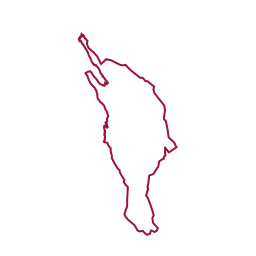 the district of Ørskog nor, Møre og Romsdal, Norway, rotated 63°
{"feature_id": "86288312B31017239945246", "entity_name": "Ørskog nor", "entity_type": "district", "adm_level": 2, "iso_a3": "NOR", "parent_name": "Norway", "parent_adm1": "Møre og Romsdal", "projection": "robinson", "projection_center": [6.912, 62.479], "detail": "fine", "context": "isolated", "style": "outline", "palette": "rose", "viewbox_px": 256, "rotation_deg": 63, "n_neighbors": 0, "source": "geoboundaries", "source_scale": "gbopen_adm2", "svg_char_len": 5492}
<svg xmlns="http://www.w3.org/2000/svg" viewBox="0 0 256 256"><g transform="rotate(63 128 128)"><path d="M102.9,85.9L97.8,88.3L96.0,89.0L95.4,89.3L94.8,89.9L94.6,90.2L94.5,90.6L94.3,90.9L94.0,91.1L93.6,91.3L92.5,91.5L91.1,91.8L89.9,92.3L89.6,92.5L89.4,92.7L89.3,93.5L89.2,93.7L89.1,93.9L89.0,94.0L88.3,94.6L87.5,95.0L81.5,97.7L78.3,99.1L74.1,100.6L71.3,101.3L70.7,101.5L70.4,102.2L70.3,102.8L69.9,104.0L69.5,104.7L68.9,105.5L68.2,106.2L67.3,106.9L66.2,107.9L65.0,108.6L63.3,110.0L60.1,112.1L59.8,112.6L59.6,112.9L57.7,115.0L57.8,115.0L57.4,115.8L57.3,116.2L57.3,116.4L57.3,116.5L56.9,116.9L57.7,119.0L57.8,119.4L57.9,119.8L58.7,123.0L57.7,123.0L50.2,122.9L47.8,123.6L45.1,124.2L44.3,124.6L41.2,126.0L39.6,126.4L38.8,126.8L36.7,126.7L35.5,126.6L34.3,126.2L33.1,125.5L32.0,124.6L31.9,124.6L31.7,124.8L30.0,125.0L29.5,125.2L28.9,125.3L28.9,125.6L28.4,125.7L27.9,125.7L27.0,125.6L26.5,125.4L25.4,125.5L25.7,126.2L25.1,126.2L25.2,126.5L24.3,126.6L24.1,126.8L23.3,126.9L23.4,127.0L23.5,127.1L24.1,127.3L24.7,127.6L24.9,127.6L25.2,127.5L25.4,128.0L25.5,128.3L25.0,128.3L24.9,128.8L24.9,129.0L25.2,129.2L25.3,129.7L25.9,129.7L26.0,129.8L26.3,130.3L26.5,130.5L25.9,130.5L26.0,131.3L27.3,131.2L27.5,131.3L27.6,131.6L28.5,131.6L28.4,131.1L29.0,131.1L29.0,130.6L29.5,130.7L29.8,130.5L31.2,130.5L31.4,130.6L31.7,130.6L32.5,130.5L32.6,130.2L32.8,130.1L35.5,130.0L36.3,129.8L38.3,129.8L38.8,129.6L42.9,129.5L44.6,129.8L45.1,130.0L46.5,130.0L47.1,129.8L48.4,129.8L49.3,129.9L50.1,129.9L50.9,130.0L51.5,130.2L53.4,130.1L54.5,130.0L55.9,129.8L55.8,129.5L56.4,129.4L56.5,129.3L56.8,128.8L56.9,128.7L57.7,128.7L57.8,128.6L57.7,128.1L58.2,128.1L58.8,127.9L59.0,127.7L60.9,127.2L64.2,127.1L65.9,127.4L66.4,127.6L66.7,127.5L67.8,127.2L68.9,127.0L69.4,127.0L69.9,126.7L70.0,126.7L70.5,126.8L70.6,127.0L70.7,126.8L71.3,126.8L71.6,126.8L72.0,126.6L73.3,126.4L73.3,126.5L74.1,126.4L74.1,126.2L74.9,126.2L75.4,126.1L76.2,125.8L76.2,125.7L77.5,125.6L77.9,125.6L78.1,126.1L78.1,125.5L78.8,125.5L79.0,126.8L78.6,126.8L78.4,126.7L78.3,126.2L78.1,126.2L78.4,126.8L78.6,126.9L78.6,127.0L78.0,127.6L77.2,128.0L77.3,128.1L78.2,128.1L78.3,128.1L78.5,128.0L78.8,128.2L79.1,128.7L79.6,129.4L79.7,129.8L79.6,130.0L79.4,130.1L78.8,130.3L78.7,130.4L78.8,130.5L78.8,130.8L78.6,131.0L78.4,131.0L78.1,131.3L76.8,132.3L76.5,132.7L75.1,133.3L71.7,133.8L70.3,133.9L67.2,134.8L65.6,135.1L64.9,135.2L62.3,135.3L60.2,136.0L60.2,136.9L59.7,137.5L59.7,139.3L59.8,140.8L60.8,141.1L61.7,140.7L63.2,140.6L66.2,140.9L67.6,141.2L69.9,141.0L71.3,141.2L71.9,141.0L77.8,139.2L78.5,139.6L80.6,139.1L81.6,139.7L82.3,140.0L82.9,139.8L84.1,140.0L84.6,140.4L85.6,140.8L87.6,141.5L89.3,141.5L90.5,141.0L91.5,141.0L92.7,140.9L92.8,140.6L93.8,140.1L95.4,139.6L96.0,139.4L97.8,139.2L100.6,139.6L102.0,139.6L103.0,139.3L108.7,140.3L110.1,142.6L112.4,143.4L112.8,143.8L112.6,144.1L112.7,144.5L112.8,145.1L113.7,145.1L113.5,145.3L113.4,145.6L114.2,145.7L114.8,145.7L115.6,145.5L115.9,145.5L116.7,145.6L117.5,145.7L117.5,146.0L118.1,146.0L118.1,146.3L117.7,146.3L117.6,146.2L117.3,146.2L117.3,146.4L117.7,146.5L117.6,147.0L117.1,147.1L116.5,147.3L116.0,147.3L115.4,147.4L115.3,147.9L115.3,148.1L115.6,148.2L115.9,148.5L116.1,149.0L116.6,149.1L117.2,149.3L117.5,149.4L118.0,149.6L118.8,149.6L119.7,149.7L120.0,149.9L120.5,149.9L120.5,150.4L121.1,150.5L121.4,150.7L121.9,150.8L121.8,151.1L122.4,151.4L122.5,151.7L123.9,151.9L123.9,152.2L124.5,152.1L124.9,152.2L125.2,152.5L125.3,152.6L126.1,152.7L126.3,153.0L126.6,153.3L126.9,153.5L127.0,153.8L128.1,153.9L128.3,154.4L128.6,154.6L128.9,155.1L128.9,155.6L129.1,155.7L129.8,155.6L131.9,153.1L133.5,153.3L133.7,153.5L136.6,153.1L138.1,152.6L140.6,153.9L142.1,154.2L145.8,155.1L147.6,156.1L154.4,156.0L158.8,155.7L161.9,154.7L164.0,155.4L169.0,155.2L172.7,154.8L174.1,156.3L177.1,156.0L177.6,155.8L180.7,155.0L191.9,161.5L197.1,164.1L197.6,164.5L200.2,167.4L201.6,168.7L203.0,170.1L203.9,170.5L206.2,170.4L209.4,169.7L214.9,167.5L216.9,166.6L217.8,166.3L223.7,166.0L225.1,165.0L225.7,164.0L226.4,161.6L228.4,161.0L231.6,159.8L232.0,157.9L232.2,156.5L230.3,154.6L229.9,154.2L229.8,153.9L229.9,153.6L232.7,151.6L232.6,149.1L231.2,147.4L230.6,146.9L225.6,148.3L223.9,148.7L221.9,148.1L219.3,147.2L217.5,144.7L211.0,143.5L206.5,142.9L199.5,142.1L196.4,142.6L196.3,142.4L196.1,142.0L196.0,141.9L195.8,141.9L195.4,141.6L195.1,141.3L195.0,141.2L194.8,140.9L194.3,140.4L193.9,140.0L193.1,139.6L192.9,139.2L192.8,138.9L192.5,138.8L192.5,138.7L192.3,138.6L192.2,138.5L192.2,138.4L191.9,138.2L191.7,138.0L191.5,137.9L191.3,137.8L191.0,137.8L190.8,137.7L190.5,137.7L190.2,137.6L189.5,137.4L189.5,137.2L189.2,137.2L188.8,136.9L186.9,135.3L180.0,130.7L180.5,126.2L178.1,122.1L177.2,120.7L176.4,118.8L171.9,115.4L171.3,110.6L171.5,110.5L171.6,110.4L171.7,110.1L171.5,109.9L171.2,109.9L170.6,109.6L170.2,109.3L170.1,109.0L169.9,108.7L169.8,108.3L169.8,108.0L169.6,107.5L169.6,107.3L169.5,107.1L169.4,107.1L169.1,107.1L168.5,106.8L168.0,106.7L167.5,106.3L167.2,106.3L166.9,106.2L166.6,106.0L166.3,105.9L166.2,105.8L165.9,105.6L165.7,105.5L165.3,105.5L165.1,105.3L164.8,105.2L162.3,103.9L162.4,103.7L162.7,103.6L163.1,103.6L163.4,103.7L163.6,103.7L163.8,103.6L164.2,103.5L164.8,103.3L165.1,103.1L165.3,103.1L166.4,103.1L166.7,103.0L166.9,102.9L167.0,102.9L167.4,102.9L167.7,102.9L168.0,102.8L168.3,102.6L167.1,93.4L165.5,93.6L162.9,93.4L162.1,93.5L158.8,94.5L157.5,95.1L154.7,96.0L148.1,93.7L139.2,91.1L136.3,92.0L128.8,86.9L128.4,86.7L124.6,85.5L108.9,88.6L105.3,87.9L102.9,85.9Z" fill="none" stroke="#9f1239" stroke-width="2"/></g></svg>